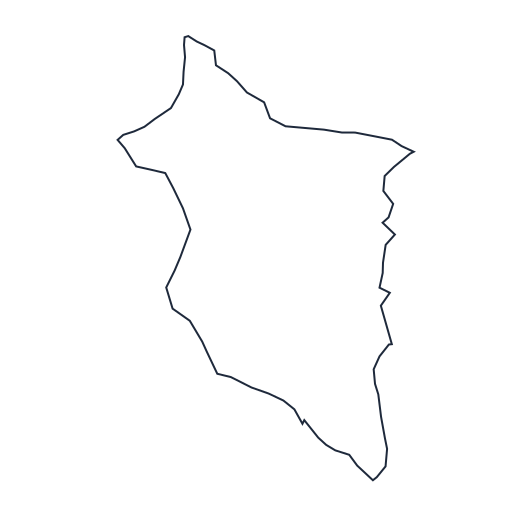 Agia Varvara Pafou, Paphos, Cyprus, rotated 275°
{"feature_id": "46923920B68464989729960", "entity_name": "Agia Varvara Pafou", "entity_type": "district", "adm_level": 2, "iso_a3": "CYP", "parent_name": "Cyprus", "parent_adm1": "Paphos", "projection": "robinson", "projection_center": [32.509, 34.758], "detail": "fine", "context": "isolated", "style": "outline", "palette": "slate", "viewbox_px": 512, "rotation_deg": 275, "n_neighbors": 0, "source": "geoboundaries", "source_scale": "gbopen_adm2", "svg_char_len": 1185}
<svg xmlns="http://www.w3.org/2000/svg" viewBox="0 0 512 512"><g transform="rotate(275 256 256)"><path d="M42.8,392.0L46.2,395.6L57.7,403.4L75.3,403.4L85.8,400.3L106.7,394.6L128.8,389.9L139.0,385.7L153.4,383.1L166.8,387.8L179.4,396.1L180.0,399.0L217.4,384.7L231.0,392.5L235.2,381.8L250.1,383.7L260.4,383.1L278.4,384.2L289.5,392.5L300.2,379.2L306.0,384.7L319.9,388.1L331.9,377.2L346.9,377.2L356.8,385.7L371.2,400.3L373.6,404.0L378.2,391.4L383.7,381.3L385.4,365.2L387.6,344.0L386.5,330.7L387.8,312.7L387.8,299.7L387.8,286.9L387.8,274.1L394.4,258.0L409.8,250.7L418.1,232.7L428.5,221.8L435.7,212.3L442.5,199.5L457.1,196.5L461.5,186.4L464.5,178.3L469.2,169.3L467.7,165.8L459.9,165.9L447.8,168.0L433.2,167.8L420.5,168.3L410.4,165.0L396.0,158.4L383.6,143.1L375.0,133.6L369.5,123.7L365.1,113.2L359.6,108.0L352.0,115.8L334.8,128.8L332.7,144.6L330.7,158.4L316.3,167.7L297.1,179.1L276.6,188.4L248.3,180.7L234.4,176.2L216.8,169.3L196.3,177.5L185.7,195.7L166.0,209.9L156.6,215.2L135.3,227.7L133.2,241.5L124.6,263.0L120.1,280.5L114.4,295.9L106.6,307.6L92.9,316.9L96.7,318.4L80.5,333.8L74.0,342.3L69.3,351.9L66.1,366.2L56.0,375.1L42.8,392.0Z" fill="none" stroke="#1e293b" stroke-width="2"/></g></svg>